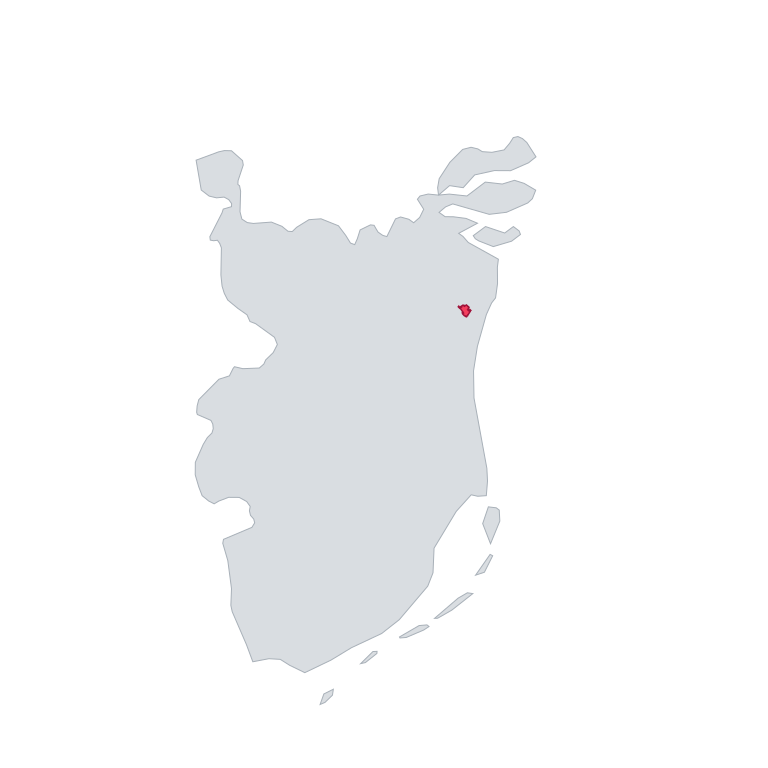 Delft, Zuid-Holland, Netherlands (highlighted), rotated 159°
{"feature_id": "6326949B20459487982464", "entity_name": "Delft", "entity_type": "district", "adm_level": 2, "iso_a3": "NLD", "parent_name": "Netherlands", "parent_adm1": "Zuid-Holland", "projection": "albers", "projection_center": [4.365, 51.999], "detail": "fine", "context": "in_parent", "style": "filled", "palette": "rose", "viewbox_px": 768, "rotation_deg": 159, "n_neighbors": 0, "source": "geoboundaries", "source_scale": "gbopen_adm2", "svg_char_len": 5197}
<svg xmlns="http://www.w3.org/2000/svg" viewBox="0 0 768 768"><g transform="rotate(159 384 384)"><path d="M479.2,660.3L466.9,660.1L455.4,660.0L449.3,659.1L442.8,656.4L439.7,650.4L436.0,643.3L436.9,638.9L447.4,626.1L448.9,622.7L447.8,620.8L448.8,615.3L456.7,596.4L457.6,588.9L453.8,583.7L448.4,580.7L431.1,575.5L422.8,567.8L418.9,561.0L415.0,559.2L409.4,561.6L395.2,564.3L383.6,560.8L369.8,548.0L366.5,536.5L364.8,527.6L361.4,524.6L356.8,529.2L351.1,536.4L339.6,537.4L336.4,535.7L335.8,531.7L335.1,527.9L331.9,523.2L328.5,520.6L314.1,534.0L308.7,534.0L301.8,528.9L298.5,523.9L291.0,526.7L284.3,532.9L286.6,544.5L283.0,546.6L274.7,545.5L265.4,540.8L255.0,537.9L239.2,529.8L217.1,536.2L201.9,528.3L189.2,527.4L181.3,521.1L172.9,510.6L179.1,503.8L184.9,501.5L208.1,500.4L225.0,504.7L255.3,527.5L263.0,527.3L271.1,524.5L267.0,518.3L259.4,515.3L248.1,509.2L239.1,500.6L260.3,497.9L257.4,493.5L254.6,485.9L232.5,459.5L236.3,452.4L242.0,437.1L249.0,424.4L254.5,421.1L263.6,412.1L283.3,385.7L295.7,364.2L305.0,338.7L318.2,268.4L322.1,256.4L328.5,243.1L336.7,245.6L342.3,249.3L362.2,239.2L396.1,212.8L405.9,190.2L415.6,179.6L454.2,158.5L475.6,151.9L508.8,149.5L532.6,145.2L561.4,142.9L572.8,155.1L579.5,164.1L589.9,168.8L606.0,171.7L605.8,189.9L607.3,225.8L606.3,232.2L599.7,247.6L593.1,275.1L591.6,293.1L589.5,296.5L558.7,297.5L554.5,300.7L554.0,304.6L555.7,309.2L555.1,313.8L552.8,317.6L554.3,323.5L559.8,330.0L569.7,333.9L580.2,333.9L585.5,333.0L589.6,337.6L593.8,344.9L593.8,354.2L592.8,366.8L588.2,378.5L574.4,392.4L568.1,397.3L562.2,399.9L559.4,403.5L558.2,408.0L558.6,412.0L569.2,422.4L569.0,424.8L566.3,430.5L562.5,435.8L536.4,447.6L525.4,447.0L519.3,452.6L517.4,453.7L510.3,448.9L494.7,443.6L489.0,445.7L485.8,448.9L476.2,453.0L469.4,459.1L469.5,466.8L482.3,486.4L486.7,490.3L487.1,497.7L493.3,506.9L499.8,518.4L500.6,525.9L500.1,533.4L497.2,544.2L487.0,569.4L487.0,574.2L488.0,577.9L491.7,578.8L494.6,580.6L493.8,583.9L473.9,601.8L471.4,604.9L462.8,604.2L461.6,607.1L462.9,611.8L466.3,615.8L473.6,617.8L479.9,622.1L485.1,630.6L479.2,660.3ZM265.4,540.8L263.6,548.0L258.9,555.9L243.0,567.4L226.5,574.8L217.9,573.8L212.1,569.8L209.0,565.7L200.2,561.6L188.0,559.5L180.4,563.7L175.0,567.7L170.3,567.0L166.8,563.5L164.1,558.2L160.7,541.6L169.8,538.7L189.4,537.8L204.5,543.7L224.4,546.7L239.7,538.9L251.7,545.7L265.4,540.8ZM232.7,473.1L244.2,483.6L246.7,486.9L247.5,490.5L232.8,494.6L217.2,481.7L206.8,484.6L203.0,478.5L203.0,474.7L213.7,471.6L232.7,473.1ZM341.9,218.3L330.6,231.9L323.6,228.2L321.6,225.0L325.0,214.5L341.8,196.7L341.9,218.3ZM391.6,157.5L381.0,159.2L376.2,156.5L401.7,148.6L417.9,146.1L420.8,147.1L391.6,157.5ZM460.2,142.3L437.8,145.9L430.2,143.7L428.9,141.5L435.0,140.1L454.1,139.4L460.1,141.2L460.2,142.3ZM367.0,172.7L346.0,186.9L344.1,184.7L357.7,172.3L367.0,172.7ZM551.2,116.2L540.7,117.2L543.6,112.0L553.2,107.9L558.5,107.7L551.2,116.2ZM506.0,131.3L490.2,138.2L486.3,136.9L487.2,135.0L501.2,130.6L506.0,131.3Z" fill="#d9dde1" stroke="#a8b0b8" stroke-width="1"/><path d="M287.0,429.5L287.0,429.4L286.9,429.2L286.8,428.9L286.7,428.9L286.6,428.7L286.5,428.4L286.4,428.2L286.3,427.9L286.3,427.7L286.2,427.6L285.9,427.5L285.9,427.4L285.7,427.4L285.4,426.2L285.1,425.0L284.9,424.1L284.8,423.9L284.7,423.6L284.7,423.3L284.6,423.2L284.5,422.6L284.4,422.5L284.7,422.3L284.8,422.3L284.7,422.2L284.7,421.9L284.8,421.9L284.7,421.7L284.8,421.7L284.7,421.6L284.8,421.5L285.1,421.4L285.3,421.3L285.4,421.2L285.3,420.9L285.2,420.7L285.1,420.4L285.0,420.2L284.9,420.0L284.9,419.9L284.8,419.7L284.7,419.5L284.7,419.4L284.6,419.2L284.5,418.9L284.4,418.8L284.3,418.7L284.1,418.6L283.9,418.4L283.8,418.2L283.7,418.3L283.4,417.9L283.3,417.7L283.0,417.2L282.8,417.2L282.7,417.4L282.5,417.5L282.4,417.5L282.1,417.8L281.8,418.0L281.7,418.0L281.3,418.3L281.2,418.1L281.0,418.3L280.9,418.4L280.8,418.5L280.7,418.6L280.4,418.7L280.3,418.8L280.2,418.9L280.1,419.0L279.9,419.1L279.7,419.3L279.2,419.6L278.8,419.9L278.4,420.2L278.3,420.3L278.1,420.4L277.9,420.6L277.5,420.8L277.4,420.9L277.4,421.0L277.3,421.3L277.2,421.3L276.7,421.6L276.8,421.7L276.8,421.8L276.7,421.8L276.8,422.0L277.0,422.5L277.4,422.4L277.3,422.2L277.5,422.2L278.2,421.9L278.6,422.5L278.8,422.3L278.9,422.5L279.0,422.5L279.1,422.8L278.9,423.0L278.7,423.1L278.7,423.5L278.8,423.6L278.4,423.7L278.2,423.8L278.2,423.7L278.0,423.8L278.1,424.0L278.2,424.3L278.2,424.5L277.3,424.9L277.3,425.0L277.2,425.1L277.2,425.3L277.4,425.7L277.4,425.8L277.5,425.8L277.6,426.1L277.9,426.4L278.0,426.4L278.1,426.5L278.1,426.8L278.1,427.0L278.3,427.5L278.5,427.8L278.8,428.3L279.1,428.2L279.3,428.1L279.5,428.1L279.8,428.0L280.1,428.0L280.4,427.9L280.9,427.7L281.0,427.7L281.0,427.8L281.1,428.1L281.1,428.3L281.3,428.4L281.3,428.5L281.2,428.5L281.3,428.6L281.2,428.7L281.2,428.8L281.3,428.9L281.3,429.0L281.7,429.0L281.9,428.9L282.3,428.8L282.5,429.3L282.8,429.2L283.2,429.1L283.3,429.1L283.5,429.0L283.7,428.9L283.9,428.9L284.1,428.8L284.3,428.8L284.3,428.7L284.5,428.7L284.4,428.6L284.3,428.4L284.3,428.2L284.2,428.0L285.4,427.7L285.4,427.9L285.5,427.9L285.5,428.0L285.7,428.3L285.8,428.3L286.0,428.9L286.0,429.0L286.2,429.3L286.4,429.7L286.4,429.8L286.6,429.7L286.8,429.6L287.0,429.5L287.0,429.5Z" fill="#f43f5e" stroke="#9f1239" stroke-width="1.5"/></g></svg>